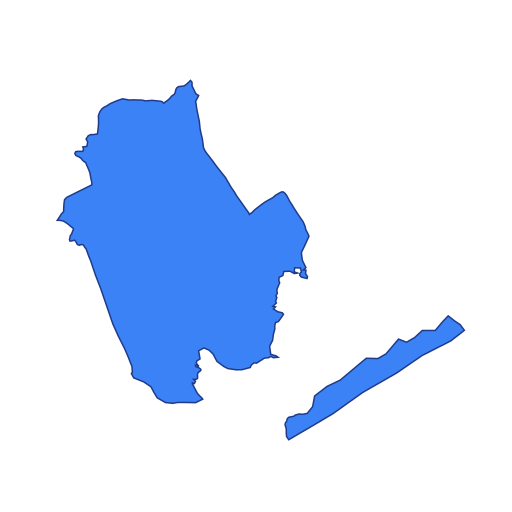 Al Hamul, Kafr ash Shaykh, Egypt, rotated 166°
{"feature_id": "37247803B81871138986317", "entity_name": "Al Hamul", "entity_type": "district", "adm_level": 2, "iso_a3": "EGY", "parent_name": "Egypt", "parent_adm1": "Kafr ash Shaykh", "projection": "mercator", "projection_center": [31.058, 31.415], "detail": "fine", "context": "isolated", "style": "filled", "palette": "blue", "viewbox_px": 512, "rotation_deg": 166, "n_neighbors": 0, "source": "geoboundaries", "source_scale": "gbopen_adm2", "svg_char_len": 4693}
<svg xmlns="http://www.w3.org/2000/svg" viewBox="0 0 512 512"><g transform="rotate(166 256 256)"><path d="M405.3,172.3L405.3,171.9L404.1,167.3L395.5,161.1L389.6,154.6L387.9,147.9L386.1,142.2L379.3,135.7L372.9,133.4L372.5,133.2L367.8,132.9L362.9,131.7L359.7,130.9L350.1,128.3L342.3,130.0L342.5,130.6L342.8,131.2L344.9,134.6L346.1,137.0L347.8,143.7L347.8,144.3L348.7,147.1L348.4,148.3L347.6,147.4L346.7,147.1L345.1,149.0L345.7,150.3L346.4,151.4L344.1,150.8L343.8,150.9L342.5,151.2L341.9,152.7L341.5,155.0L340.6,156.7L337.2,158.3L337.0,159.5L338.5,161.4L341.0,163.0L341.3,164.8L341.1,164.8L339.7,164.9L339.3,163.6L338.1,162.7L339.4,165.4L339.8,166.9L338.8,168.5L335.2,169.7L334.6,177.9L328.8,179.4L324.3,176.0L321.3,171.1L319.4,163.2L313.8,156.4L310.4,153.5L302.8,150.4L297.2,149.1L288.5,149.2L288.2,149.7L287.0,151.3L283.7,152.8L281.3,151.9L272.5,154.9L268.5,154.3L265.8,154.9L263.7,153.1L259.1,152.4L260.7,154.3L265.5,157.0L264.6,165.2L260.4,170.0L257.9,176.1L255.5,180.3L254.6,184.0L253.1,186.7L250.1,187.0L245.8,190.6L243.4,192.8L244.3,194.6L248.5,196.7L251.9,200.4L249.4,201.9L251.9,203.1L247.6,205.5L247.9,207.3L245.8,210.7L246.4,212.5L244.3,214.6L244.3,216.7L243.4,219.1L239.5,224.3L239.8,226.4L238.8,229.7L234.6,230.6L232.8,234.3L226.7,233.0L223.1,229.7L219.8,229.4L222.8,231.5L221.3,235.2L215.8,233.6L215.8,229.7L217.3,228.5L218.3,226.7L217.0,224.5L211.9,221.8L211.0,223.6L212.2,227.0L211.3,229.1L211.0,230.3L213.4,230.9L210.4,232.7L211.4,237.4L212.0,240.4L211.6,245.3L211.0,248.6L206.2,254.3L199.8,262.4L200.4,265.7L201.3,269.4L201.3,269.9L201.2,272.4L201.5,275.1L202.1,278.2L202.8,279.9L205.0,285.8L207.6,293.4L208.8,297.3L210.0,300.7L210.8,304.0L211.7,307.7L212.9,310.1L214.1,311.6L215.6,312.0L218.3,311.4L222.4,310.2L225.7,308.5L231.4,307.0L234.4,306.1L238.0,304.7L242.8,302.6L246.1,301.1L249.4,299.1L252.4,297.9L252.5,299.3L260.3,319.2L261.5,323.4L263.5,328.6L266.7,339.6L269.9,346.6L272.6,352.6L275.2,359.0L277.2,363.6L279.0,367.6L280.2,370.9L280.7,374.2L280.1,379.1L279.7,383.0L279.7,388.4L279.4,393.9L279.3,394.2L278.4,400.5L278.0,411.1L277.7,415.0L277.3,417.8L277.3,420.5L276.4,421.4L275.2,422.9L274.0,424.1L272.8,425.6L275.1,428.0L276.9,436.5L276.2,439.2L276.2,439.5L276.2,440.4L277.1,442.2L278.9,441.1L281.6,439.6L284.6,438.4L287.9,438.8L290.3,439.1L292.4,438.2L293.6,436.7L294.8,434.3L296.0,432.8L299.6,431.4L300.5,430.5L302.9,429.0L305.6,427.8L306.8,427.5L307.4,426.9L307.7,426.9L308.6,426.6L309.6,428.2L309.8,428.5L311.5,429.4L319.3,432.2L323.7,432.9L325.5,433.2L328.8,434.8L330.9,435.4L332.1,435.7L336.5,437.0L338.9,437.6L340.1,437.7L341.3,438.0L345.2,439.8L345.7,440.1L347.5,440.8L353.2,440.3L359.2,439.4L361.3,438.9L364.6,437.7L367.6,437.1L370.0,436.0L372.1,434.2L373.6,432.4L373.9,431.9L375.1,430.0L375.5,427.9L375.7,427.0L376.6,423.1L377.6,420.0L378.8,416.7L380.3,412.8L384.8,413.2L386.9,413.8L389.6,413.3L392.6,410.6L391.7,407.5L393.6,403.3L397.7,403.7L397.5,402.2L397.8,401.3L397.8,400.4L399.0,399.5L403.1,400.5L404.3,400.8L405.5,400.8L405.8,400.8L407.0,399.3L406.8,398.4L406.5,397.2L403.5,394.7L402.0,392.9L401.2,391.0L400.0,389.2L398.5,387.7L398.5,386.5L397.4,380.1L397.1,376.8L397.5,370.1L397.5,368.3L397.5,367.4L397.9,365.4L398.2,364.7L411.5,361.8L425.4,358.7L428.1,357.0L428.3,356.6L429.6,353.4L431.5,347.3L431.8,345.8L433.0,344.9L434.5,344.0L440.2,338.7L438.7,338.4L434.9,336.8L432.8,334.9L430.5,332.2L428.1,328.8L426.9,327.6L426.6,326.4L427.8,324.6L429.7,321.9L431.2,320.7L432.1,318.9L433.0,317.1L433.0,315.6L432.1,315.3L430.0,315.2L428.2,315.2L427.4,313.7L426.5,310.3L424.7,309.1L423.2,309.4L421.4,309.0L420.6,307.8L420.0,305.7L419.1,303.9L418.3,296.0L417.5,290.8L417.2,286.6L416.4,276.6L414.5,261.4L412.1,233.5L412.0,232.2L411.3,224.4L409.0,211.6L405.9,197.9L404.5,189.4L403.1,178.8L403.7,175.5L404.1,172.8L405.3,172.3ZM84.0,151.4L91.1,146.9L100.1,140.4L112.7,143.5L121.8,138.5L130.8,135.9L137.8,140.9L145.7,135.2L153.5,129.6L162.6,127.0L173.7,130.1L184.5,124.9L191.4,121.5L204.3,115.2L218.6,112.3L233.0,106.0L237.5,96.1L244.4,90.9L248.9,91.1L252.5,92.3L254.9,92.2L255.9,92.2L256.8,92.1L257.6,91.4L258.3,91.4L263.3,91.6L264.4,90.9L265.0,90.6L266.5,87.9L267.1,87.6L268.0,86.7L268.4,85.7L268.7,84.8L268.6,83.8L268.5,83.1L268.5,81.5L268.5,80.8L268.8,79.6L269.4,77.0L269.5,76.7L269.8,74.9L270.0,73.4L268.7,69.8L256.9,73.3L248.6,75.7L242.2,77.6L233.4,80.2L226.2,82.4L221.1,83.9L219.5,84.4L217.5,85.2L214.1,86.5L203.6,90.7L192.8,94.9L185.7,97.7L175.7,100.6L163.8,103.9L158.3,105.5L152.6,107.1L147.7,108.5L143.9,109.9L130.1,115.1L124.6,117.1L118.9,119.3L115.2,120.1L109.6,121.4L100.6,123.5L95.2,124.7L89.7,126.0L87.5,126.5L83.3,128.4L75.9,131.6L71.8,133.5L74.5,140.0L79.2,145.2L83.5,150.8L84.0,151.4Z" fill="#3b82f6" stroke="#1e3a8a" stroke-width="1.5"/></g></svg>